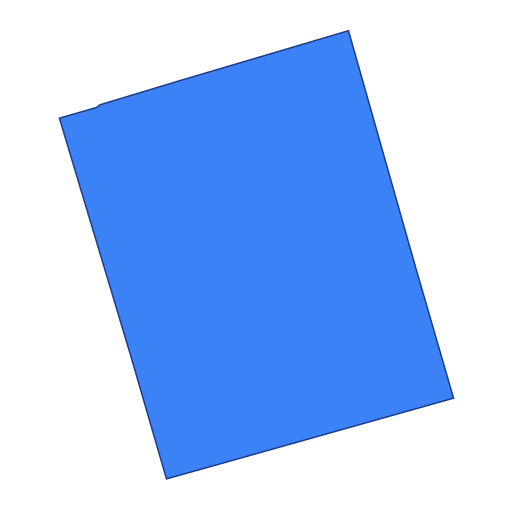 outline of Adair, Missouri, United States of America, rotated 254°
{"feature_id": "52423323B5139201807141", "entity_name": "Adair", "entity_type": "district", "adm_level": 2, "iso_a3": "USA", "parent_name": "United States of America", "parent_adm1": "Missouri", "projection": "albers", "projection_center": [-92.557, 40.192], "detail": "fine", "context": "isolated", "style": "filled", "palette": "blue", "viewbox_px": 512, "rotation_deg": 254, "n_neighbors": 0, "source": "geoboundaries", "source_scale": "gbopen_adm2", "svg_char_len": 312}
<svg xmlns="http://www.w3.org/2000/svg" viewBox="0 0 512 512"><g transform="rotate(254 256 256)"><path d="M447.1,407.0L445.6,232.5L444.4,147.7L442.8,144.2L442.7,105.0L194.0,108.1L192.0,108.1L66.4,108.5L64.9,406.8L71.5,406.7L201.4,406.3L447.1,407.0Z" fill="#3b82f6" stroke="#1e3a8a" stroke-width="1.5"/></g></svg>